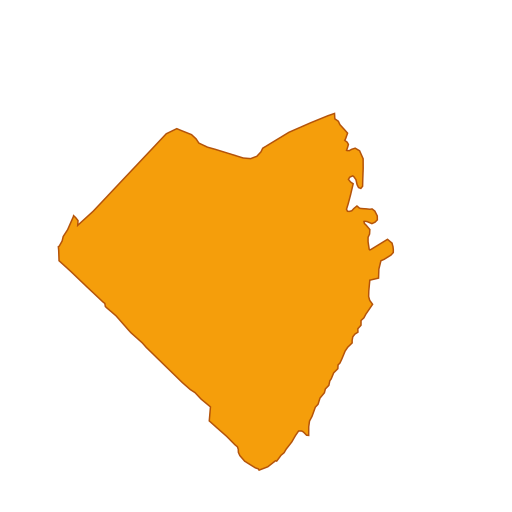 outline of Glio-Twarbo, Grand Gedeh, Liberia, rotated 43°
{"feature_id": "62588387B48887094579275", "entity_name": "Glio-Twarbo", "entity_type": "district", "adm_level": 2, "iso_a3": "LBR", "parent_name": "Liberia", "parent_adm1": "Grand Gedeh", "projection": "albers", "projection_center": [-7.549, 5.712], "detail": "fine", "context": "isolated", "style": "filled", "palette": "amber", "viewbox_px": 512, "rotation_deg": 43, "n_neighbors": 0, "source": "geoboundaries", "source_scale": "gbopen_adm2", "svg_char_len": 2494}
<svg xmlns="http://www.w3.org/2000/svg" viewBox="0 0 512 512"><g transform="rotate(43 256 256)"><path d="M105.1,384.0L107.8,386.4L115.2,393.8L130.7,393.6L154.0,393.9L157.5,393.9L161.5,393.9L175.1,394.0L177.8,393.8L180.3,395.7L182.6,395.7L184.3,395.6L194.5,395.2L213.2,397.1L216.8,397.4L232.2,397.1L238.1,397.7L265.6,398.3L288.4,398.8L299.0,398.5L304.7,397.5L313.5,398.1L325.6,397.4L334.3,408.5L344.4,408.3L357.4,407.9L369.3,408.4L372.5,408.2L374.9,409.5L377.0,411.6L380.3,413.0L387.7,413.8L394.4,412.5L400.0,411.4L402.8,410.1L404.3,410.5L408.4,402.1L409.9,392.4L411.0,391.9L410.7,388.7L410.2,384.7L410.7,380.7L409.8,376.8L409.0,367.7L407.3,360.3L406.5,355.0L408.5,353.0L409.8,352.5L411.6,352.4L415.2,352.6L416.9,351.3L411.0,344.9L407.7,340.2L406.3,335.0L402.5,326.1L402.5,322.1L399.7,316.3L399.3,309.4L397.4,305.9L397.5,300.9L395.1,296.9L394.8,294.6L392.5,288.5L392.7,282.6L390.3,279.7L390.4,277.1L389.0,272.7L386.0,264.7L385.3,260.2L385.6,254.0L383.9,252.2L381.9,249.1L381.6,245.7L382.5,242.2L380.1,239.8L380.0,235.0L376.8,231.5L377.1,227.7L376.0,223.6L375.2,218.3L374.2,211.8L369.4,210.9L366.0,208.8L362.3,204.6L356.2,196.7L355.7,196.1L360.7,188.6L354.8,181.8L350.6,174.3L352.0,171.0L354.1,163.2L354.0,159.8L352.2,157.8L349.9,155.8L347.6,154.4L346.8,153.8L343.4,154.0L340.8,154.1L335.5,173.2L334.9,174.0L334.1,173.8L328.3,169.2L325.2,165.9L324.1,162.5L321.2,159.0L315.2,158.3L313.1,158.3L311.4,157.1L312.0,156.3L313.7,155.1L318.7,153.3L320.0,150.1L320.1,146.8L317.4,144.0L312.3,142.1L308.8,142.4L307.5,144.1L304.5,146.3L301.7,148.6L299.6,150.2L298.5,150.5L296.4,150.5L295.7,150.6L295.2,154.5L295.2,157.6L293.8,159.8L292.4,160.9L291.3,160.5L290.3,160.1L287.9,155.1L283.4,146.7L277.8,136.9L274.6,137.4L271.3,136.9L270.8,134.4L272.1,131.4L273.6,131.3L277.0,132.0L281.3,134.9L284.3,136.0L286.6,135.1L286.4,132.3L282.4,127.8L274.6,118.8L268.0,111.8L260.0,108.4L255.0,109.5L253.2,112.7L252.4,115.3L250.8,116.7L250.2,117.0L248.8,113.9L247.5,111.4L245.1,110.6L242.0,110.9L241.7,109.5L239.2,103.7L234.2,103.2L227.8,102.7L224.3,101.3L220.1,101.9L216.2,98.2L213.0,104.2L205.1,121.3L197.9,138.0L195.7,143.1L187.4,172.6L188.6,176.4L188.6,182.6L187.7,184.3L185.7,188.4L179.9,193.0L153.4,205.8L146.3,209.5L137.2,212.4L132.3,211.2L126.1,211.2L114.5,215.7L111.2,216.9L107.0,227.8L106.9,248.4L106.8,264.8L106.6,294.2L106.4,334.3L104.7,355.2L101.7,351.5L97.9,350.9L95.1,350.9L95.6,351.8L100.3,365.3L101.7,373.2L104.0,377.3L105.4,383.1L105.1,384.0Z" fill="#f59e0b" stroke="#b45309" stroke-width="1.5"/></g></svg>